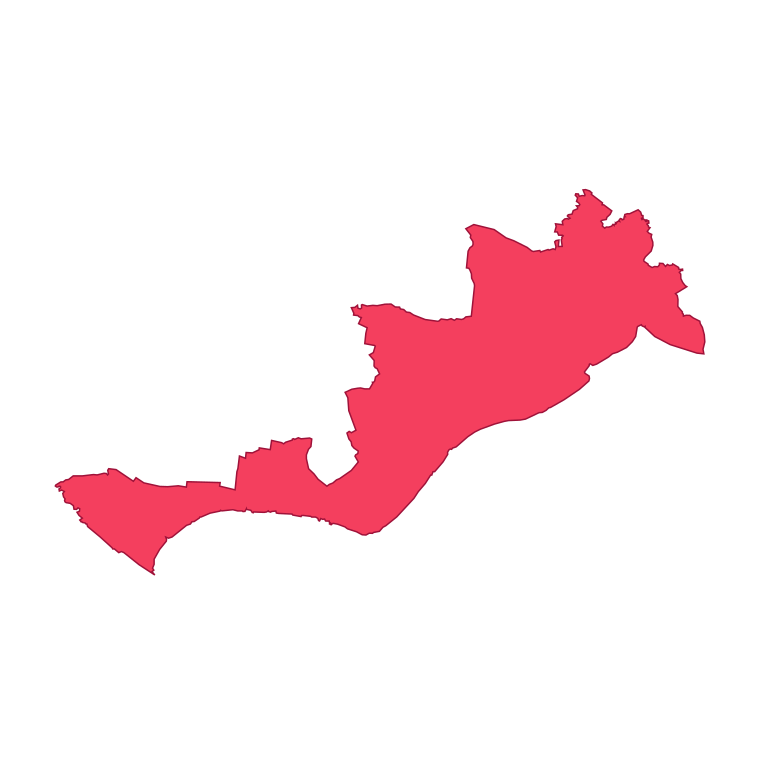 Ban Laem, Phetchaburi, Thailand (Robinson projection), rotated 97°
{"feature_id": "78962969B10571681273524", "entity_name": "Ban Laem", "entity_type": "district", "adm_level": 2, "iso_a3": "THA", "parent_name": "Thailand", "parent_adm1": "Phetchaburi", "projection": "robinson", "projection_center": [99.981, 13.152], "detail": "fine", "context": "isolated", "style": "filled", "palette": "rose", "viewbox_px": 768, "rotation_deg": 97, "n_neighbors": 0, "source": "geoboundaries", "source_scale": "gbopen_adm2", "svg_char_len": 6152}
<svg xmlns="http://www.w3.org/2000/svg" viewBox="0 0 768 768"><g transform="rotate(97 384 384)"><path d="M184.4,179.0L179.4,187.7L179.5,189.4L177.6,189.2L170.5,201.3L169.0,200.9L167.3,203.4L166.5,207.6L167.1,210.1L171.9,207.5L172.7,207.7L172.8,210.3L173.9,213.1L171.7,214.2L171.8,216.8L173.3,217.2L175.6,214.5L179.3,215.2L180.5,212.8L182.1,211.5L183.3,212.1L183.7,214.7L185.1,213.3L186.5,213.3L188.8,217.3L192.5,218.1L193.5,221.6L194.4,222.4L195.0,222.4L196.8,219.6L197.9,221.1L197.4,222.2L198.2,224.8L200.8,226.9L204.1,225.9L204.1,233.3L206.8,232.3L212.2,233.1L212.0,230.5L215.0,228.8L214.6,224.9L215.1,224.2L216.8,225.5L218.0,225.0L219.2,225.6L225.7,223.9L226.3,227.7L219.8,227.9L220.7,230.8L222.1,231.9L226.9,230.0L229.7,230.5L229.2,232.6L231.0,236.5L230.5,237.5L233.9,244.7L232.5,245.6L234.3,252.0L233.9,253.7L231.0,258.5L226.0,272.6L224.1,280.6L217.3,293.5L214.8,314.3L219.9,321.7L225.6,316.0L228.1,316.2L231.7,313.1L234.5,312.6L236.2,313.1L238.3,315.3L241.9,316.7L258.7,316.3L258.8,313.9L260.6,312.5L263.9,310.7L268.3,309.9L273.3,306.7L275.5,306.1L306.1,305.6L307.4,310.9L309.6,312.9L310.5,314.9L310.4,319.9L312.2,321.9L311.0,325.3L312.6,329.0L312.5,335.2L314.8,337.2L315.2,338.3L315.0,351.0L311.9,363.1L309.9,367.1L309.9,370.5L307.7,373.5L307.5,376.9L305.8,377.9L306.2,382.2L303.8,386.7L304.7,392.8L307.1,400.3L307.3,404.6L308.7,410.3L307.8,415.3L308.4,416.0L311.3,415.5L312.4,416.8L311.9,419.1L309.1,419.9L311.5,422.3L312.2,425.7L317.4,422.6L319.3,422.6L319.3,418.3L320.5,416.6L320.8,414.6L327.2,416.6L330.2,407.6L336.0,408.2L346.3,408.0L346.9,398.3L347.5,397.3L354.1,398.4L356.9,402.1L361.9,396.6L367.3,396.1L368.9,394.7L369.6,392.7L374.5,389.6L378.0,393.3L382.1,393.6L383.7,394.7L383.7,395.7L384.9,395.3L390.6,397.8L391.2,402.4L390.8,406.8L391.4,409.6L393.1,415.3L397.0,421.6L402.1,418.2L414.8,415.7L433.3,406.2L436.3,410.4L435.3,412.8L437.2,414.8L442.9,412.1L445.3,409.6L449.0,408.4L451.2,406.1L453.7,401.4L456.2,401.5L457.8,403.5L459.2,404.0L464.5,400.0L473.8,405.9L483.2,416.4L485.0,419.5L488.5,422.7L490.3,426.0L492.4,428.2L486.6,437.8L481.7,442.6L477.3,448.5L467.7,451.9L463.8,452.4L458.0,451.0L455.0,448.9L447.4,449.0L446.7,451.2L448.5,459.6L447.8,462.5L449.9,465.9L449.3,466.9L449.8,468.2L450.9,468.3L453.8,474.6L455.6,476.3L454.7,478.5L453.7,488.7L463.0,488.9L462.6,500.0L464.5,500.0L468.4,506.2L468.8,512.5L474.6,512.4L473.1,518.7L485.7,518.7L488.9,519.3L507.2,518.9L505.4,534.7L501.8,534.6L505.0,567.6L510.4,567.6L510.1,575.7L512.3,586.2L513.0,594.0L511.4,610.3L507.2,618.7L511.1,620.9L501.6,639.5L501.6,646.9L503.3,647.7L506.9,646.5L508.0,647.3L506.7,648.6L506.7,651.0L509.2,657.6L509.3,661.3L512.0,672.3L513.1,681.3L517.2,685.4L518.0,688.2L520.2,690.5L520.6,692.9L524.3,697.5L525.3,697.8L526.1,696.4L526.0,695.1L525.0,693.9L525.1,692.6L526.4,692.4L527.8,693.8L529.8,693.2L528.6,691.1L529.6,688.2L531.8,689.5L535.1,688.3L537.0,686.5L538.3,686.9L539.8,686.3L540.5,685.0L540.7,680.9L542.6,677.5L546.1,676.4L545.9,673.8L544.2,672.6L544.9,670.8L547.4,670.8L548.7,673.1L551.6,670.7L553.9,667.1L556.1,669.4L557.5,667.9L558.1,668.3L557.4,667.4L558.2,666.2L558.3,663.9L559.3,662.7L559.2,661.8L561.6,660.8L570.4,647.1L579.7,633.9L580.8,633.1L580.5,631.6L583.7,626.7L582.3,624.2L583.0,621.7L593.2,605.1L601.5,588.2L598.5,591.4L596.8,589.8L595.0,591.3L591.0,590.2L585.9,590.8L575.5,586.5L566.5,580.9L564.7,580.9L562.5,582.0L563.3,579.1L561.7,575.7L548.3,562.7L546.6,559.1L544.1,557.8L543.6,555.6L539.6,551.0L538.5,550.6L538.4,549.5L533.4,540.9L530.1,531.2L529.3,530.9L529.7,529.5L527.2,518.7L527.8,513.7L527.3,509.4L527.8,508.4L527.4,506.5L524.7,505.4L525.2,505.3L525.6,500.8L527.6,499.1L527.7,498.0L526.9,497.7L526.0,487.3L525.3,484.9L524.0,483.4L524.7,482.8L525.0,480.9L524.2,479.9L523.3,475.9L525.2,475.1L525.3,472.7L524.3,459.4L525.2,458.6L525.7,450.2L524.6,449.8L524.3,448.1L524.3,440.6L524.9,439.5L524.4,435.7L525.4,433.3L527.5,432.3L527.8,431.3L525.2,430.3L525.8,428.6L525.3,426.5L527.1,425.3L526.8,421.6L528.5,421.2L528.4,420.2L529.1,419.6L529.7,420.6L530.0,420.0L530.0,419.0L528.9,418.4L528.5,417.1L528.8,412.9L530.6,405.3L532.2,402.6L534.0,393.3L536.3,387.3L536.1,383.5L533.9,380.5L533.6,377.2L532.6,376.2L530.8,370.6L526.3,367.6L524.5,365.0L514.4,355.2L493.9,340.4L486.6,336.8L477.7,330.9L468.7,326.6L468.6,325.5L465.1,324.7L464.8,323.0L454.1,315.9L446.1,312.2L443.9,312.6L441.3,311.4L440.5,310.3L440.6,308.9L439.3,308.2L437.6,304.7L426.1,294.4L420.6,288.1L417.1,282.8L410.4,269.7L406.4,260.0L405.1,255.9L403.2,244.5L401.6,239.3L393.6,226.7L392.9,223.4L390.4,219.9L387.6,217.6L387.0,215.9L377.6,203.3L365.4,189.3L356.0,181.0L353.5,180.7L351.1,181.4L348.9,185.8L347.6,186.5L340.9,182.6L339.4,182.6L338.8,181.9L340.1,179.0L338.3,175.3L329.8,164.4L326.1,160.9L324.0,156.2L318.2,147.7L311.8,142.7L306.2,140.0L296.7,139.6L295.9,139.1L293.8,135.8L294.9,134.9L295.5,132.8L295.0,131.9L296.0,131.9L303.9,121.0L310.0,104.8L315.2,77.2L315.1,70.2L310.6,71.6L303.1,70.7L296.1,72.1L289.0,74.9L285.5,77.5L283.2,78.2L280.8,85.0L278.6,88.9L279.0,92.6L280.1,95.1L278.2,95.4L277.5,96.5L276.1,96.6L271.3,101.8L264.3,102.5L260.5,103.7L258.8,105.7L250.5,95.3L249.6,97.1L246.8,99.9L243.2,102.2L238.7,102.9L237.2,104.5L235.3,103.1L234.9,101.4L233.6,101.7L234.2,103.7L233.9,105.6L232.4,105.8L229.6,112.1L230.8,112.5L231.6,115.1L230.8,117.3L233.0,118.9L230.4,121.8L230.6,125.3L232.4,125.2L234.3,126.6L234.4,129.7L235.7,132.1L234.0,136.1L232.7,136.6L230.6,140.8L229.2,141.4L226.0,140.1L219.5,135.0L213.7,134.0L210.4,134.5L205.6,136.8L202.9,136.5L202.0,139.4L200.4,141.3L196.4,139.0L196.0,140.6L194.6,141.0L193.5,142.4L192.6,142.3L192.0,140.7L189.8,141.2L189.7,142.0L190.8,143.8L190.4,144.3L189.2,143.6L189.4,145.4L188.4,146.8L189.3,148.0L188.2,148.6L187.1,147.2L185.3,147.5L185.2,148.8L182.1,150.2L180.1,153.0L185.1,161.0L185.3,163.2L186.4,165.6L188.1,165.8L188.6,165.1L188.9,166.0L191.3,166.1L192.0,167.6L191.2,168.1L191.0,169.6L192.9,170.7L193.9,170.0L193.7,171.0L194.7,172.5L196.1,173.0L195.7,173.9L197.1,173.6L197.6,175.2L198.5,175.0L197.8,176.3L199.6,177.3L200.9,180.1L201.1,182.5L202.4,183.9L200.7,186.5L198.3,186.3L196.0,188.6L194.9,187.5L193.6,183.4L191.4,183.1L188.1,180.3L184.4,179.0Z" fill="#f43f5e" stroke="#9f1239" stroke-width="1.5"/></g></svg>